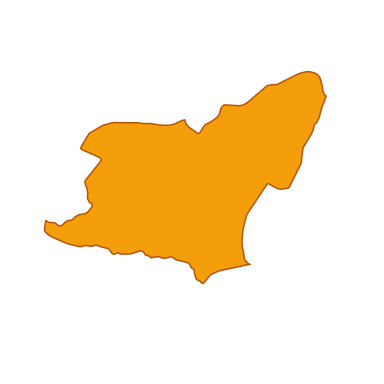 outline of Tandjilé, rotated 167°
{"feature_id": "TCD-1487", "entity_name": "Tandjilé", "entity_type": "Prefecture", "adm_level": 1, "iso_a3": "TCD", "parent_name": "Chad", "parent_adm1": "", "projection": "albers", "projection_center": [16.631, 9.621], "detail": "fine", "context": "isolated", "style": "filled", "palette": "amber", "viewbox_px": 384, "rotation_deg": 167, "n_neighbors": 0, "source": "natural_earth", "source_scale": "10m", "svg_char_len": 3230}
<svg xmlns="http://www.w3.org/2000/svg" viewBox="0 0 384 384"><g transform="rotate(167 192 192)"><path d="M182.9,263.9L182.7,262.7L182.6,260.5L180.8,256.2L174.8,249.7L173.7,247.9L171.7,247.7L170.4,248.5L166.3,252.8L165.1,253.8L164.1,254.5L162.6,255.0L159.4,255.7L156.2,256.7L150.9,259.1L149.7,259.8L148.7,260.8L147.4,262.5L145.5,266.2L143.7,268.2L142.5,269.1L141.5,269.5L140.7,269.6L126.5,265.4L125.2,265.3L123.6,265.3L120.6,265.8L117.3,267.0L95.9,278.2L94.3,278.7L90.7,278.6L85.2,277.6L62.3,283.1L58.6,283.5L54.8,283.5L52.9,283.3L51.2,283.0L49.9,282.5L47.0,281.1L45.8,280.3L43.4,278.3L41.8,274.9L41.4,272.4L41.3,264.8L41.7,261.5L41.6,260.2L40.9,256.9L40.6,256.2L40.4,255.6L39.8,255.4L39.7,255.3L39.8,255.0L40.8,253.8L43.2,249.6L44.3,248.2L45.3,247.2L48.9,240.5L49.3,240.1L50.9,236.6L52.2,234.8L53.3,233.7L54.4,232.2L54.9,231.6L56.5,230.9L57.4,230.0L58.7,228.1L59.7,225.5L62.8,221.4L73.3,210.8L73.8,210.2L74.0,209.6L78.3,198.2L78.7,196.4L79.9,194.5L96.3,174.6L98.3,174.0L99.7,174.3L104.6,174.7L108.0,176.1L115.1,182.3L115.9,183.1L116.8,183.0L143.3,158.0L144.4,156.4L150.9,143.6L154.2,133.6L155.5,126.6L155.2,123.2L155.9,115.3L155.6,113.7L155.3,113.0L153.4,109.9L152.1,108.6L183.7,109.0L192.3,107.4L201.1,100.6L202.0,100.5L202.6,100.8L203.1,101.3L203.5,101.9L203.8,102.5L204.2,103.1L204.7,103.7L206.4,105.0L206.8,105.5L207.3,106.1L207.5,106.8L207.7,107.6L207.8,111.4L207.5,115.1L207.7,115.9L208.0,116.6L209.5,118.1L209.8,118.7L210.5,121.9L210.9,122.6L211.3,123.2L211.7,123.7L212.9,124.6L222.5,129.4L223.4,130.0L224.0,130.7L224.5,131.5L225.2,132.3L226.6,133.2L227.6,133.6L228.5,133.6L230.7,133.4L234.5,133.8L235.8,134.3L238.3,136.0L239.5,136.4L242.3,137.0L246.6,137.0L247.0,137.4L247.4,137.8L248.2,139.0L249.3,139.9L251.2,141.0L251.7,141.5L252.7,144.2L253.8,145.5L254.8,146.0L255.8,146.2L263.0,145.7L263.8,145.5L268.0,145.9L273.2,147.0L275.8,147.8L277.2,148.5L277.6,149.2L278.2,149.5L278.8,149.5L280.5,149.0L281.7,148.9L282.5,149.1L283.1,149.5L283.6,150.0L285.4,154.1L285.8,154.7L286.2,155.3L287.3,156.2L292.4,158.7L295.1,160.4L296.4,161.5L297.5,161.8L298.4,161.9L300.6,161.6L302.5,161.8L304.5,162.5L306.5,163.4L307.8,163.8L308.9,163.9L311.0,163.8L312.6,163.8L313.6,164.0L314.5,164.3L325.1,169.7L338.8,179.8L341.8,182.9L343.9,185.9L344.3,187.3L344.0,189.1L341.2,196.3L340.8,196.9L340.4,196.8L339.1,195.2L338.5,194.8L337.9,194.5L336.4,194.0L335.2,193.7L333.9,193.3L332.5,192.6L332.0,192.1L331.5,191.6L330.7,190.4L330.3,189.9L329.8,189.4L329.1,189.0L328.3,188.8L327.5,188.7L326.7,188.8L325.2,189.4L321.6,191.5L321.2,191.6L320.6,191.8L319.0,192.0L316.3,191.8L315.5,191.9L314.6,192.2L313.7,192.6L311.7,193.9L307.9,195.1L307.0,195.3L300.4,194.9L299.1,195.4L297.5,196.3L294.5,198.5L293.2,199.8L292.4,200.9L292.2,201.7L292.2,202.5L292.5,203.2L293.6,204.0L294.1,204.6L294.4,205.3L294.6,206.9L295.0,207.6L295.2,208.6L295.1,210.3L293.9,214.1L293.6,216.7L293.6,219.2L294.1,223.1L294.2,224.9L294.0,226.3L292.9,227.6L274.3,242.4L273.0,244.1L273.8,245.7L275.3,247.2L288.7,257.2L290.1,258.5L290.6,259.6L289.8,261.0L279.0,272.3L263.8,277.0L256.1,277.4L252.3,277.2L228.1,271.3L223.8,269.6L216.2,267.9L214.2,266.8L208.4,264.5L202.0,262.7L198.5,262.1L194.4,262.1L185.4,263.9L182.9,263.9Z" fill="#f59e0b" stroke="#b45309" stroke-width="1.5"/></g></svg>